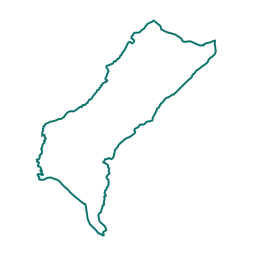 Golakonneh, Grand Cape Mount, Liberia, rotated 355°
{"feature_id": "62588387B70898832426748", "entity_name": "Golakonneh", "entity_type": "district", "adm_level": 2, "iso_a3": "LBR", "parent_name": "Liberia", "parent_adm1": "Grand Cape Mount", "projection": "natural_earth1", "projection_center": [-10.924, 7.106], "detail": "fine", "context": "isolated", "style": "outline", "palette": "teal", "viewbox_px": 256, "rotation_deg": 355, "n_neighbors": 0, "source": "geoboundaries", "source_scale": "gbopen_adm2", "svg_char_len": 5561}
<svg xmlns="http://www.w3.org/2000/svg" viewBox="0 0 256 256"><g transform="rotate(355 128 128)"><path d="M94.4,232.8L94.4,232.7L94.5,232.0L94.1,229.9L94.6,229.1L95.6,228.8L96.8,228.3L97.5,227.8L97.1,226.1L96.8,225.2L96.6,224.5L96.4,224.1L95.9,223.3L95.2,222.6L94.8,222.3L93.5,220.6L92.4,219.6L91.7,218.7L91.3,217.2L91.1,214.9L91.0,213.6L91.1,212.3L91.1,211.8L92.3,210.3L93.5,209.8L94.0,208.6L94.6,206.6L95.4,205.2L95.5,205.0L95.6,203.7L96.3,203.0L97.5,202.3L97.3,200.6L97.5,199.8L97.7,199.0L97.8,198.6L98.3,197.3L98.6,196.1L98.4,195.0L98.3,194.2L99.1,193.7L99.8,193.5L100.0,193.5L99.7,192.3L99.0,190.6L99.7,188.5L100.7,187.7L101.5,186.1L101.8,185.6L102.2,184.8L103.3,183.9L103.7,182.5L104.1,178.4L103.5,177.2L102.6,176.5L102.4,175.8L102.3,175.6L102.4,174.7L103.2,173.9L103.4,173.4L103.5,173.2L104.7,172.3L105.5,171.7L105.6,171.1L105.3,170.5L105.1,169.6L105.1,168.6L105.5,167.1L105.7,166.5L105.2,165.9L104.7,165.3L104.7,163.9L104.5,162.9L103.8,162.2L102.1,161.0L101.9,160.8L100.4,160.0L100.5,159.6L101.3,159.2L101.8,158.3L102.3,157.2L103.7,157.0L104.2,157.0L105.5,156.8L106.5,156.2L107.8,157.2L108.7,157.4L109.5,157.2L110.7,156.2L111.7,153.8L111.7,152.8L112.5,151.5L112.7,150.0L113.3,148.6L114.1,147.8L115.8,146.2L116.9,144.3L117.1,144.1L118.0,143.4L119.2,142.2L119.8,141.9L120.4,141.7L121.4,141.0L121.5,140.9L121.8,140.7L123.1,139.3L125.0,138.3L125.3,138.2L125.8,138.0L127.2,137.5L128.8,137.2L130.1,136.4L130.7,136.0L132.8,134.7L134.1,134.0L134.6,133.1L134.8,132.7L134.3,131.6L134.0,130.8L135.0,129.3L137.8,128.2L138.5,127.9L139.2,126.9L139.3,126.8L139.9,126.0L141.2,125.7L142.6,125.7L143.7,126.0L145.6,125.1L145.6,124.9L146.5,123.8L146.8,123.7L148.4,123.1L149.7,123.3L151.3,123.0L152.3,122.7L152.8,122.6L153.0,122.3L153.4,121.5L153.5,120.0L155.1,117.7L156.8,115.2L157.3,114.4L157.8,113.7L157.8,113.0L158.3,112.1L158.7,111.3L160.3,110.5L161.3,109.2L162.0,107.7L163.2,106.4L163.4,106.5L164.2,105.7L164.8,105.2L166.5,103.5L168.3,101.5L169.2,101.2L170.4,101.0L171.4,100.6L172.9,100.0L173.1,99.9L174.0,99.2L175.5,98.5L176.7,98.7L177.5,97.7L179.1,96.5L183.5,92.8L184.3,92.1L187.9,89.1L191.8,85.9L192.3,85.5L193.8,84.5L195.8,83.0L197.0,80.7L199.2,79.2L199.9,78.2L200.9,76.8L201.2,76.7L203.3,75.7L206.6,73.5L209.7,71.7L212.0,70.2L213.2,69.3L213.3,69.2L213.9,67.5L215.4,66.0L215.9,65.5L218.0,64.2L219.8,63.1L220.4,62.4L220.8,62.1L220.9,61.9L221.8,60.3L222.2,58.4L221.9,56.8L222.0,54.4L221.7,52.8L221.9,51.1L222.2,48.6L220.7,48.8L219.2,49.2L217.4,49.8L214.8,50.3L213.8,50.4L212.6,50.5L211.7,51.2L211.8,50.9L211.5,51.0L209.3,52.2L207.2,52.1L206.8,51.9L204.4,50.8L201.5,49.2L198.8,47.6L197.9,47.3L196.9,47.0L194.2,47.1L192.7,47.1L191.6,47.0L190.0,46.3L189.2,44.4L189.2,43.8L183.2,39.0L174.8,35.8L169.8,32.7L169.2,29.2L163.2,23.4L163.0,23.2L161.5,24.2L159.5,24.8L156.3,26.1L155.3,27.2L154.3,28.2L153.3,29.9L152.2,30.7L150.4,31.5L148.8,33.0L147.3,33.9L145.8,33.8L144.3,33.8L142.5,33.7L141.5,35.1L141.1,35.9L140.1,36.5L139.2,38.2L139.4,39.2L141.1,40.4L141.7,41.1L141.7,42.1L140.9,43.3L139.9,43.9L139.1,43.9L138.2,42.9L137.1,42.2L135.6,43.1L133.8,46.0L132.0,49.2L130.4,51.1L129.4,52.1L128.8,52.8L127.9,54.6L127.0,54.9L126.4,55.9L125.7,57.1L124.6,58.1L123.2,58.7L121.7,60.4L120.0,60.4L119.2,61.7L118.4,62.5L117.2,63.0L116.5,62.9L115.8,63.3L115.6,63.4L114.4,63.9L113.3,63.9L112.1,64.3L111.7,65.3L112.0,66.6L112.9,67.5L113.1,68.8L113.6,70.0L112.6,71.1L111.8,72.8L111.8,73.0L111.0,74.9L110.0,76.2L109.8,77.4L110.1,77.9L111.0,78.4L111.5,78.7L111.2,79.6L110.4,80.0L108.5,80.7L107.0,81.2L106.6,81.7L106.0,82.8L105.2,83.0L104.7,83.6L104.5,84.6L103.2,85.6L102.2,87.3L101.4,87.5L100.7,87.7L100.1,88.4L99.9,89.5L99.4,89.9L98.3,90.7L97.6,91.6L96.7,92.4L95.5,93.9L94.0,95.6L92.8,96.5L91.7,96.5L90.8,97.7L89.9,99.4L88.6,100.0L87.2,101.3L85.6,101.2L84.8,101.3L84.3,102.5L83.7,103.1L82.6,102.5L82.3,102.6L80.2,104.0L78.1,105.4L76.3,106.2L75.6,106.7L74.5,106.6L73.2,106.3L71.3,106.4L69.5,107.1L68.0,108.1L67.5,108.8L66.0,110.4L65.1,111.7L64.1,112.0L63.0,112.7L61.9,113.1L60.6,113.1L58.5,113.4L57.0,114.1L54.2,114.7L52.8,114.9L51.6,114.8L50.1,115.5L47.2,116.4L45.9,117.0L45.4,118.3L43.8,119.1L44.0,120.2L43.3,121.2L43.3,122.8L42.5,124.2L41.9,126.7L41.8,128.2L42.2,128.1L42.9,127.9L43.4,127.6L44.1,127.6L44.3,128.2L44.3,129.4L44.3,130.1L44.9,130.8L45.1,131.0L45.3,131.4L44.5,132.1L43.9,133.3L43.2,133.4L43.6,134.7L43.7,135.1L43.1,135.7L42.2,136.2L41.7,137.1L41.3,137.8L41.1,138.8L40.9,139.5L40.4,140.0L39.7,141.4L40.3,142.1L40.5,142.6L40.4,142.9L40.1,143.3L40.2,144.0L40.1,145.4L39.7,146.0L38.7,146.3L38.6,147.1L37.8,147.6L37.3,148.1L37.7,149.1L37.3,150.1L36.6,151.1L35.9,151.5L34.7,151.3L34.3,151.8L34.5,153.4L34.9,153.9L35.1,153.9L35.6,153.9L36.0,154.3L36.2,154.9L35.8,156.0L35.0,157.0L34.9,158.1L35.1,158.4L35.7,158.5L36.3,158.5L36.9,159.1L37.4,159.7L37.8,161.0L38.1,162.2L37.0,162.6L37.1,163.3L37.8,163.8L38.3,163.9L37.8,164.6L37.9,165.2L38.5,165.8L39.2,166.5L39.1,167.2L38.9,167.4L38.1,167.2L37.4,166.8L35.5,166.1L34.3,166.2L33.8,166.9L34.2,167.7L34.8,168.5L35.4,169.3L35.2,170.0L35.0,170.8L35.0,171.2L35.3,171.6L36.9,171.8L38.4,172.3L39.4,172.1L40.9,171.7L42.8,170.8L43.7,170.6L44.5,170.6L45.5,170.6L46.9,170.6L47.4,170.9L48.5,171.5L50.5,172.4L51.6,172.9L52.0,173.0L53.5,173.9L54.6,174.5L55.6,175.7L57.0,177.9L59.0,180.2L60.8,182.3L61.1,182.5L62.1,183.4L63.5,185.2L64.6,186.8L64.7,187.0L69.2,191.8L71.5,194.0L72.7,195.1L74.3,196.8L75.7,198.0L77.5,199.7L78.9,200.1L79.3,203.9L79.9,215.1L81.7,220.5L86.8,226.5L89.4,230.3L89.7,230.4L90.5,230.5L91.2,231.3L91.7,231.6L92.2,231.7L92.7,232.0L93.0,232.4L93.4,232.8L94.2,232.8L94.4,232.8Z" fill="none" stroke="#0f766e" stroke-width="2"/></g></svg>